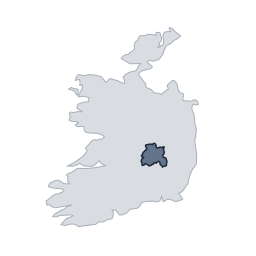 Ireland, with Laoighis highlighted, rotated 7°
{"feature_id": "IRL-723", "entity_name": "Laoighis", "entity_type": "County", "adm_level": 1, "iso_a3": "IRL", "parent_name": "Ireland", "parent_adm1": "", "projection": "orthographic", "projection_center": [-7.345, 52.994], "detail": "fine", "context": "in_parent", "style": "filled", "palette": "slate", "viewbox_px": 256, "rotation_deg": 7, "n_neighbors": 0, "source": "natural_earth", "source_scale": "10m", "svg_char_len": 6167}
<svg xmlns="http://www.w3.org/2000/svg" viewBox="0 0 256 256"><g transform="rotate(7 128 128)"><path d="M161.1,38.2L156.2,41.7L155.4,43.0L154.0,48.3L153.9,49.8L150.8,55.7L149.0,56.9L146.4,57.8L144.9,58.8L143.0,58.3L140.7,58.4L139.5,59.4L139.5,60.2L140.2,61.2L144.6,63.9L144.3,65.0L143.1,66.3L135.2,69.4L132.8,71.3L132.0,72.6L132.8,74.7L139.1,81.1L140.1,81.8L141.0,85.6L146.6,87.1L148.9,89.5L150.8,90.0L155.1,89.8L156.9,90.7L157.8,90.0L158.4,88.8L163.2,84.3L161.7,80.9L166.5,75.2L167.8,75.2L170.1,77.0L171.9,79.4L172.6,82.7L174.3,85.6L175.5,86.6L178.6,87.2L179.3,88.3L178.8,92.6L179.3,94.0L187.1,93.8L190.2,91.9L192.9,92.2L194.3,94.1L194.9,96.0L192.6,96.8L190.2,96.4L189.0,97.7L188.9,100.2L189.8,103.4L191.5,105.6L192.9,110.7L194.1,116.4L195.8,119.8L196.3,124.0L196.0,126.1L196.4,129.9L195.7,131.2L196.3,134.7L199.4,146.1L200.2,154.9L198.8,158.3L196.9,161.5L195.7,165.2L194.8,169.3L194.3,175.8L190.2,183.5L188.4,185.4L186.3,186.6L191.0,191.9L187.3,194.3L183.2,195.1L178.7,193.8L175.8,194.0L172.3,196.8L171.5,196.3L169.7,192.0L168.5,196.5L165.9,197.9L161.5,197.6L154.0,198.9L151.1,200.1L149.9,202.1L149.0,204.5L147.8,205.8L146.5,206.6L140.7,208.3L139.6,208.9L136.9,212.7L133.3,214.8L130.4,215.4L127.8,213.2L126.8,211.9L125.6,211.2L121.6,211.3L122.9,211.9L123.7,213.5L124.0,216.5L123.5,219.4L121.5,220.8L119.2,221.0L115.4,224.0L110.5,224.7L107.8,227.4L91.4,231.8L90.5,231.8L88.3,230.5L85.9,229.9L83.4,230.2L76.6,232.6L73.3,232.0L77.7,225.6L83.4,222.5L84.0,221.6L82.2,221.1L71.4,223.1L67.6,224.9L63.9,225.3L65.7,222.4L70.7,218.5L74.9,216.0L76.8,213.7L81.9,211.1L65.5,216.1L61.2,215.3L60.3,213.7L56.9,214.3L55.8,210.5L61.0,204.9L63.9,202.6L67.4,201.4L70.7,199.6L72.0,197.3L70.5,196.5L60.7,196.7L56.1,196.0L56.4,194.2L57.3,192.2L62.3,188.9L64.9,188.4L67.2,188.9L71.3,191.1L76.8,190.6L74.6,188.3L74.3,183.7L72.6,182.1L74.9,180.1L77.5,178.9L81.9,174.7L83.4,174.1L91.9,173.3L101.0,171.2L110.0,168.2L105.4,166.4L103.3,164.0L99.7,168.6L97.1,170.4L89.9,171.1L87.6,170.5L84.4,169.0L83.4,169.5L82.5,170.6L77.6,172.8L72.6,173.1L78.6,169.1L86.2,162.1L87.9,159.9L90.3,156.0L89.6,154.3L88.2,153.2L93.7,145.2L95.6,143.8L99.0,143.7L101.5,142.4L102.6,142.4L103.6,142.0L105.8,139.6L102.5,138.0L99.0,137.1L88.3,137.6L86.9,137.4L85.6,136.6L84.8,135.5L84.2,132.7L83.5,132.1L81.1,132.0L78.7,132.8L77.0,132.7L75.4,131.4L78.1,128.7L74.8,127.9L71.4,128.3L68.6,127.3L68.6,125.6L69.9,123.8L68.3,122.1L68.1,120.0L69.9,119.0L71.8,119.4L75.8,118.0L80.9,117.4L76.6,115.7L74.9,114.3L74.9,112.3L75.3,110.6L80.4,107.8L85.8,106.7L85.5,104.7L85.9,102.7L80.6,101.9L75.2,103.2L75.9,99.2L77.3,95.6L77.7,93.3L77.5,90.7L75.0,91.7L74.8,88.1L73.8,85.6L70.1,87.2L70.3,83.9L71.5,81.7L73.4,80.8L75.3,81.3L78.8,81.4L82.3,79.8L87.2,79.5L95.0,80.2L100.2,85.2L101.6,84.4L103.8,81.4L104.8,81.1L112.9,82.6L117.9,84.4L119.2,83.9L118.5,80.5L116.9,78.1L119.1,75.1L121.7,73.1L123.5,72.1L127.6,70.8L129.4,69.6L130.6,65.7L132.5,62.5L122.3,64.0L112.8,60.0L114.4,57.2L116.4,55.7L119.9,54.6L120.3,53.2L122.1,52.0L125.0,48.9L124.0,44.8L124.7,41.8L126.8,39.9L127.5,37.1L128.4,35.1L132.7,34.4L136.8,32.5L143.0,32.3L144.6,33.1L144.3,29.7L147.2,29.3L148.4,29.9L148.9,32.3L150.2,33.9L150.6,36.5L149.7,38.6L148.2,40.2L149.6,41.8L147.4,44.7L149.7,43.5L153.0,40.6L152.9,38.3L152.3,35.3L151.4,32.7L151.8,29.7L153.7,27.9L158.5,27.0L156.5,23.7L158.3,23.4L160.2,24.1L163.0,26.6L169.0,30.3L166.1,33.5L162.5,35.7L161.1,38.2ZM74.2,100.5L74.0,102.0L71.7,100.0L70.7,97.8L64.3,96.6L67.0,94.6L68.3,95.2L72.9,95.5L74.1,96.4L74.2,100.5Z" fill="#d9dde1" stroke="#a8b0b8" stroke-width="1"/><path d="M170.7,157.6L170.6,158.3L170.7,159.7L170.6,159.9L170.5,160.8L170.3,161.0L169.9,161.2L167.8,161.9L166.9,162.6L166.6,162.2L166.4,161.8L166.4,161.7L166.2,161.3L166.1,161.2L165.8,161.0L164.9,160.7L164.7,160.6L164.5,160.4L164.4,160.1L164.2,159.8L164.1,159.6L164.1,159.4L164.1,159.0L164.1,158.8L164.0,158.6L163.9,158.4L162.8,157.5L162.7,157.4L162.4,157.4L162.2,157.5L160.7,158.6L160.7,158.8L160.6,159.2L160.5,159.3L160.3,159.4L160.1,159.5L159.8,159.4L159.2,159.1L158.7,159.1L158.5,159.3L158.1,159.6L157.9,159.8L157.8,160.0L157.6,160.4L157.4,160.9L157.3,161.1L157.2,161.1L156.9,160.9L156.6,160.9L156.2,161.2L156.1,161.4L155.9,161.7L155.9,161.8L155.6,162.1L155.3,162.3L153.6,163.0L153.4,163.0L153.0,162.8L152.8,162.7L152.4,162.3L152.2,162.2L151.8,162.1L151.1,161.8L150.6,161.6L150.3,161.5L150.2,161.3L150.1,161.2L149.8,161.2L149.5,161.4L148.8,162.0L148.6,162.4L148.5,162.7L148.4,162.8L148.2,163.0L146.6,163.3L146.3,161.5L146.1,160.9L145.8,160.6L145.6,160.3L145.3,159.8L145.2,159.5L145.2,159.3L145.3,158.7L145.3,158.0L145.4,157.7L145.5,157.4L145.9,156.8L145.9,156.6L146.2,156.4L146.8,156.0L146.9,155.8L147.0,155.6L147.0,155.4L146.9,155.3L146.7,155.2L145.8,155.0L145.6,155.0L145.3,154.8L145.2,154.6L145.0,154.4L144.7,153.7L145.2,153.1L145.5,152.8L145.6,152.6L145.6,152.4L145.7,152.2L145.8,151.4L145.9,150.6L146.1,150.3L146.2,150.1L146.3,150.0L146.8,149.6L147.0,149.4L147.2,149.1L147.3,148.7L147.5,148.4L148.4,147.7L148.7,147.4L148.7,147.2L148.8,147.0L148.9,146.8L149.1,146.5L149.1,146.4L149.1,146.2L149.0,145.9L148.8,145.6L147.9,144.3L147.7,144.0L147.6,143.8L147.6,143.6L147.6,143.4L147.6,143.2L147.7,142.8L147.8,142.7L148.1,142.5L152.4,141.2L152.7,141.2L153.1,141.2L154.1,141.5L154.4,141.5L154.6,141.3L154.7,141.2L154.7,140.9L154.7,140.7L154.8,140.6L154.9,140.4L155.3,140.2L156.1,140.1L156.3,140.1L156.6,140.2L157.1,140.5L157.3,140.7L157.4,140.9L158.1,142.1L158.2,142.3L158.2,143.0L158.3,143.2L158.3,143.4L158.5,143.7L158.6,143.8L158.8,144.0L159.1,144.1L160.0,144.1L160.5,144.0L161.6,143.4L161.8,143.2L162.4,143.1L163.9,143.1L164.2,143.2L164.7,143.1L165.4,142.3L166.0,142.4L166.2,142.5L166.3,142.7L166.4,142.9L166.3,143.1L166.2,143.2L166.0,143.3L165.9,143.3L165.7,143.3L165.6,143.5L165.4,144.0L165.5,144.3L165.7,144.6L166.1,145.4L166.6,146.7L166.8,147.4L166.9,148.3L166.9,149.0L166.8,149.3L166.7,149.5L166.1,150.2L166.0,150.4L165.9,150.6L165.8,151.1L165.9,151.5L166.0,151.7L166.1,151.9L166.2,152.0L166.4,152.3L166.5,152.5L166.8,152.7L167.0,152.8L167.4,152.8L167.7,153.0L167.9,153.1L168.0,153.1L168.3,153.1L168.7,152.9L169.0,153.1L169.4,153.6L170.4,155.6L170.6,156.1L170.7,156.7L170.7,156.9L170.7,157.6Z" fill="#64748b" stroke="#1e293b" stroke-width="1.5"/></g></svg>